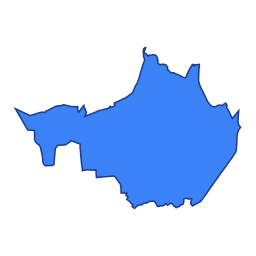 outline of Orizaba, Veracruz, Mexico
{"feature_id": "50627088B96459936323530", "entity_name": "Orizaba", "entity_type": "district", "adm_level": 2, "iso_a3": "MEX", "parent_name": "Mexico", "parent_adm1": "Veracruz", "projection": "natural_earth1", "projection_center": [-97.104, 18.859], "detail": "fine", "context": "isolated", "style": "filled", "palette": "blue", "viewbox_px": 256, "rotation_deg": 0, "n_neighbors": 0, "source": "geoboundaries", "source_scale": "gbopen_adm2", "svg_char_len": 5802}
<svg xmlns="http://www.w3.org/2000/svg" viewBox="0 0 256 256"><path d="M145.7,47.6L145.1,47.7L144.6,48.0L144.3,48.2L143.9,48.6L143.4,49.6L143.3,50.2L143.3,51.1L143.5,54.8L143.7,57.0L144.2,58.1L144.5,59.5L144.6,60.1L144.5,60.9L144.1,61.7L143.6,62.8L143.2,63.9L142.5,66.0L142.1,67.7L141.1,70.8L140.5,72.7L140.2,73.8L139.5,76.6L138.9,78.6L138.4,79.7L137.7,81.7L137.2,83.0L136.6,84.1L135.5,85.8L134.9,87.1L134.2,88.9L133.3,91.1L133.1,91.6L132.4,92.7L131.8,93.3L129.6,94.9L128.7,95.6L125.5,97.9L121.6,99.7L119.6,100.6L119.2,100.8L114.7,102.8L114.5,103.2L114.2,103.6L114.4,104.1L115.1,105.4L112.9,106.8L111.3,107.2L111.0,107.3L110.9,107.1L110.4,106.3L109.4,107.3L109.5,107.8L109.0,108.0L107.4,108.5L105.5,109.0L103.3,109.6L102.9,109.7L102.5,109.8L102.4,109.8L102.0,109.9L101.8,110.0L101.6,110.1L101.3,110.1L100.8,110.2L99.2,110.5L94.7,112.5L84.9,116.3L86.5,112.3L86.1,111.8L85.4,110.0L85.0,108.5L84.0,107.3L83.8,105.4L80.7,109.3L79.6,111.1L78.5,112.0L77.9,110.4L77.6,108.7L77.9,108.1L77.9,107.3L77.6,106.6L76.9,106.8L74.4,106.6L71.4,106.6L70.7,106.4L70.2,106.4L68.2,105.8L63.6,104.7L60.7,105.8L58.0,105.9L55.6,106.3L54.8,106.8L50.3,109.1L45.7,111.3L45.0,112.2L44.0,112.2L41.0,112.2L30.1,115.6L15.4,108.7L27.8,130.1L34.4,130.4L34.6,135.3L34.5,139.2L35.5,141.9L37.4,143.9L39.5,145.3L40.3,147.1L41.1,150.1L41.6,152.7L42.1,154.7L42.8,159.2L42.7,161.1L43.5,163.9L45.2,165.7L52.4,165.5L53.7,164.6L53.9,164.6L55.3,148.7L57.5,145.5L65.5,144.8L71.5,140.8L80.1,144.1L80.1,144.4L80.3,145.1L80.3,145.3L80.3,145.9L80.2,146.1L80.1,146.3L80.0,146.5L80.4,150.6L80.7,155.0L81.4,162.2L81.6,164.4L82.0,166.7L82.5,170.3L82.4,170.7L87.1,169.8L91.0,170.1L94.4,170.2L94.6,170.1L94.7,169.8L94.9,169.7L95.9,169.7L96.2,174.6L96.3,176.0L96.4,177.5L98.1,177.4L99.0,177.3L100.2,177.2L101.7,177.1L104.3,176.8L105.9,176.7L106.9,176.6L109.7,176.3L110.3,176.3L111.2,176.2L111.8,176.2L112.8,176.1L114.6,176.1L120.5,184.5L120.5,185.0L120.6,186.1L121.0,188.2L121.1,193.0L124.0,193.1L126.9,193.2L126.6,193.7L125.8,195.2L128.0,196.8L127.7,197.6L126.7,199.4L128.9,200.9L129.2,200.9L131.1,203.3L132.9,205.0L132.1,206.5L133.2,207.4L134.6,208.4L135.5,207.4L136.1,207.0L136.6,206.3L136.9,206.0L137.4,205.7L137.9,205.6L138.3,205.5L139.0,205.2L139.7,204.9L140.1,204.8L141.4,204.8L142.1,204.8L142.4,204.6L142.7,204.1L143.2,203.7L143.5,203.5L144.3,203.2L145.2,203.1L146.1,203.1L146.5,203.1L147.0,202.8L147.8,202.4L148.7,201.9L149.3,201.5L149.7,201.3L151.3,201.3L152.2,201.4L152.7,201.3L153.5,201.3L154.1,201.3L154.5,201.4L154.8,201.6L155.0,202.2L155.4,202.7L155.6,202.9L155.9,203.3L156.0,203.4L156.0,203.5L156.3,204.0L156.5,204.2L156.7,204.5L156.8,204.8L156.8,205.2L156.8,205.4L156.9,205.6L157.2,205.9L157.4,206.1L157.7,206.4L158.0,206.5L158.3,206.5L158.5,206.4L158.8,206.4L159.2,206.2L159.6,206.1L159.8,206.0L160.3,205.7L160.6,205.7L160.8,205.7L161.0,205.9L161.2,206.0L161.5,205.8L161.8,205.7L162.2,205.8L162.5,205.8L162.6,205.7L162.8,205.6L163.1,205.5L163.6,205.5L164.0,205.4L164.4,205.1L164.6,204.8L165.0,204.4L165.1,204.0L165.4,203.7L165.6,203.5L165.9,203.4L166.1,203.4L166.4,203.6L166.5,204.1L166.7,204.5L167.1,205.0L167.4,205.0L167.7,205.1L168.1,205.0L168.3,204.9L168.7,204.6L169.1,204.2L169.5,204.0L170.0,203.8L170.2,203.5L170.4,203.3L170.6,203.2L170.9,203.3L171.3,203.3L171.7,203.4L171.9,203.6L172.1,203.9L172.3,204.1L172.5,204.3L172.6,204.5L172.8,204.7L173.1,205.0L173.4,205.4L173.7,205.9L174.1,206.2L174.5,206.2L174.9,206.2L175.2,206.3L175.3,206.4L175.4,206.9L175.7,207.5L175.9,207.6L176.1,207.7L176.3,207.7L177.1,207.3L177.5,207.1L177.9,206.9L178.4,206.8L178.9,206.5L179.2,206.4L179.5,206.5L179.6,206.4L179.9,205.9L180.1,205.6L180.4,205.2L180.5,205.1L180.8,205.0L181.3,204.9L182.2,204.6L182.8,204.5L183.1,204.0L183.3,203.3L183.5,202.7L183.7,202.3L183.9,201.9L183.9,201.4L183.8,201.0L183.7,200.6L183.7,200.3L183.7,199.7L183.8,199.3L183.8,199.0L184.5,198.7L184.9,198.5L185.5,198.5L186.1,198.5L186.6,198.4L187.0,198.4L188.3,198.9L188.8,199.1L189.5,199.2L189.8,199.0L190.3,198.7L190.8,198.6L191.3,198.6L191.7,198.9L191.7,199.6L191.5,200.2L191.2,200.7L190.7,202.3L190.6,203.2L190.9,204.2L191.3,204.7L191.5,204.9L191.8,205.1L192.0,205.2L192.2,205.5L192.5,205.9L196.1,204.0L198.7,202.6L199.6,202.1L200.3,201.6L201.4,200.6L202.1,199.5L203.9,197.1L205.5,195.0L207.9,191.4L209.6,189.0L211.5,186.3L212.5,185.0L212.7,184.6L213.4,183.6L217.9,177.3L218.4,176.7L219.5,175.1L220.9,173.0L222.8,170.5L225.6,166.7L228.2,163.0L229.2,161.6L231.5,158.5L233.7,155.2L235.2,153.0L235.8,151.7L236.4,148.9L236.6,146.0L236.8,143.2L236.9,139.9L237.0,137.0L237.2,135.0L237.3,134.1L237.9,131.9L238.4,130.7L238.8,129.7L240.1,128.0L240.6,127.1L240.2,126.9L239.8,126.5L239.1,125.4L238.7,124.6L238.3,123.8L238.1,122.9L238.0,121.9L238.4,114.2L238.7,110.7L234.9,115.2L232.2,118.5L231.0,115.9L230.0,113.5L229.1,111.6L226.1,106.2L227.1,105.5L225.8,103.1L223.9,104.1L222.4,105.6L222.2,105.5L220.4,105.1L218.9,105.2L217.9,105.3L217.0,106.0L216.0,106.5L213.9,106.9L212.8,106.9L210.5,105.2L207.8,102.0L205.0,96.0L199.9,85.6L198.5,80.7L198.6,78.0L198.9,69.1L199.4,66.9L199.3,64.4L198.4,64.5L197.5,64.6L197.3,64.6L196.5,64.6L195.6,64.7L194.6,64.9L194.6,65.8L193.4,65.1L193.0,64.4L192.1,64.7L192.1,65.6L190.9,66.8L190.2,67.9L189.8,68.7L188.9,70.6L188.5,71.3L188.1,71.9L188.1,73.3L187.8,73.3L187.6,73.4L186.4,75.9L186.5,76.9L185.9,77.2L184.2,77.9L179.7,75.4L178.1,74.6L176.5,74.2L174.0,72.9L171.7,72.7L170.7,72.5L169.9,71.8L168.6,70.5L168.1,69.7L167.4,69.7L167.6,66.9L166.6,65.9L166.1,65.0L163.6,64.2L161.0,64.4L160.9,64.7L160.0,64.6L159.7,64.5L158.3,63.5L158.2,63.2L157.9,62.7L157.9,59.7L157.5,59.6L157.2,57.3L156.1,55.6L154.8,55.2L154.7,54.9L154.4,54.9L152.8,54.7L151.2,55.1L149.9,55.1L149.2,55.3L148.5,56.1L148.3,55.8L147.6,55.4L147.3,55.0L146.3,54.2L144.6,52.7L144.2,52.3L144.2,50.9L144.4,50.7L144.9,50.2L145.2,49.3L145.7,47.6Z" fill="#3b82f6" stroke="#1e3a8a" stroke-width="1.5"/></svg>